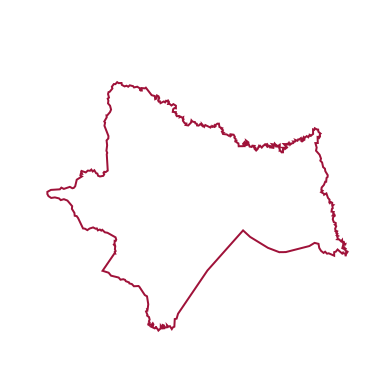 Puerto Lleras, Meta, Colombia (Robinson projection), rotated 344°
{"feature_id": "7082276B33547604414651", "entity_name": "Puerto Lleras", "entity_type": "district", "adm_level": 2, "iso_a3": "COL", "parent_name": "Colombia", "parent_adm1": "Meta", "projection": "robinson", "projection_center": [-73.194, 3.209], "detail": "fine", "context": "isolated", "style": "outline", "palette": "rose", "viewbox_px": 384, "rotation_deg": 344, "n_neighbors": 0, "source": "geoboundaries", "source_scale": "gbopen_adm2", "svg_char_len": 6061}
<svg xmlns="http://www.w3.org/2000/svg" viewBox="0 0 384 384"><g transform="rotate(344 192 192)"><path d="M72.7,182.5L74.5,183.4L75.3,185.6L77.2,197.0L78.9,197.7L80.9,199.8L83.5,198.9L87.2,198.8L89.2,200.7L90.5,200.8L90.9,202.9L93.1,202.7L94.1,204.1L95.3,203.6L97.1,206.7L99.5,207.9L106.0,214.5L106.0,217.0L105.1,218.0L104.2,217.6L103.3,220.5L102.4,220.9L102.8,222.1L103.3,221.7L103.3,222.9L102.1,225.8L102.3,227.7L101.2,228.3L101.2,230.0L100.5,229.7L84.3,243.1L89.6,246.6L91.1,250.1L97.9,254.0L99.1,256.6L101.9,256.9L103.4,258.0L103.8,259.5L106.5,261.5L106.6,262.6L108.8,263.9L110.2,266.6L114.6,267.6L115.2,268.4L118.2,278.0L120.0,279.9L119.0,287.9L117.1,292.3L116.5,292.2L116.4,293.8L114.9,294.1L115.3,297.9L114.8,298.5L116.2,300.4L116.1,303.0L115.0,304.3L115.3,306.0L114.0,306.3L113.4,307.4L114.1,308.1L117.0,308.2L118.1,307.4L118.4,308.6L117.6,309.9L115.6,310.2L118.6,312.8L119.7,312.5L120.3,311.1L120.2,313.1L121.0,313.7L121.5,315.9L124.3,314.5L125.0,312.3L125.7,314.9L127.2,315.2L126.5,312.7L127.1,311.7L128.2,312.5L128.8,314.9L131.1,315.2L131.3,313.2L132.1,314.8L133.8,314.9L134.8,318.2L136.2,316.9L137.9,316.6L140.4,309.4L142.3,309.5L145.0,305.2L185.2,271.7L230.5,243.0L235.5,251.2L249.6,266.6L259.3,273.9L265.6,275.6L289.9,276.3L295.8,274.7L299.3,276.7L298.9,280.9L299.8,284.1L301.7,286.8L303.5,286.1L304.8,288.5L306.5,288.6L311.1,292.4L312.1,289.0L313.8,289.0L316.1,287.4L319.4,292.6L320.4,291.9L320.5,292.6L322.4,293.3L322.0,296.1L323.6,292.8L324.0,293.3L324.7,292.7L323.8,292.4L324.5,291.7L323.3,290.7L323.4,289.4L324.1,289.0L323.6,288.2L322.4,287.9L322.7,287.3L321.9,287.4L321.9,288.2L321.0,287.4L322.7,284.7L324.8,284.8L325.1,284.3L324.3,284.3L324.2,282.4L323.2,282.9L323.5,281.5L322.6,281.2L323.0,279.6L321.7,280.5L320.4,278.2L318.7,277.5L319.4,277.1L319.3,274.7L320.2,274.5L319.1,273.4L320.3,272.3L319.4,271.1L320.4,270.3L319.5,269.5L320.1,269.3L319.3,268.7L319.5,266.7L321.2,264.6L320.5,263.1L321.1,263.2L321.6,261.4L320.0,260.0L319.8,257.1L320.9,254.9L322.7,254.2L322.7,253.3L321.1,253.1L322.3,252.1L321.9,251.4L322.7,250.3L320.7,249.3L321.8,246.9L322.8,246.4L323.1,244.1L324.2,243.5L323.2,243.0L323.8,241.0L322.7,239.9L321.4,240.7L321.1,240.0L322.1,237.2L321.1,235.2L320.8,230.4L318.3,231.0L318.4,230.1L316.1,227.7L317.9,226.8L316.9,225.6L317.9,223.4L320.8,221.5L322.9,218.8L323.8,219.1L325.2,215.6L326.5,214.9L327.1,213.2L325.9,208.8L326.2,206.2L324.9,204.2L325.2,199.5L324.0,197.3L325.2,195.5L324.9,191.3L322.6,186.5L324.1,183.6L324.1,179.0L326.4,179.6L327.8,174.1L328.9,175.2L329.7,174.5L329.3,173.7L330.4,173.7L330.9,171.4L331.6,171.2L330.1,168.9L330.6,166.0L329.9,166.9L327.6,164.6L326.7,165.9L325.6,165.2L324.4,169.6L322.2,170.5L321.2,169.7L321.1,170.6L320.1,170.1L318.9,171.4L317.7,169.9L315.2,171.0L314.6,169.9L313.8,170.7L315.0,171.4L314.6,172.2L313.6,171.7L313.0,172.4L313.7,173.0L311.7,173.7L311.1,172.9L312.5,172.1L311.7,172.1L311.6,170.2L309.4,171.1L308.6,170.7L307.5,171.8L305.9,170.6L306.3,172.1L305.5,171.0L304.8,171.9L303.3,171.4L303.6,172.2L302.7,172.9L300.4,172.7L300.5,173.9L299.9,172.9L299.2,173.5L298.8,171.4L297.5,172.6L297.4,171.9L296.3,171.9L295.3,172.7L295.1,171.7L293.5,171.2L295.6,175.4L293.3,176.3L293.2,175.0L291.4,174.5L292.2,175.4L291.2,176.1L290.4,178.9L289.1,178.6L288.2,176.2L287.7,176.3L289.1,171.8L288.2,172.5L288.4,171.2L287.3,171.8L286.4,170.7L286.4,171.8L285.4,171.4L285.7,170.3L284.8,170.2L285.3,169.3L284.8,168.2L284.2,169.1L282.1,168.1L283.1,170.7L282.4,172.0L280.9,171.3L280.8,170.2L279.4,170.7L279.2,170.0L280.1,169.6L279.5,169.0L276.9,169.4L276.6,168.6L277.4,168.7L277.8,167.8L277.4,166.6L275.9,166.9L275.0,165.6L275.2,166.8L273.4,167.1L271.3,168.5L270.3,166.5L269.6,166.9L269.2,166.1L266.8,168.9L265.1,169.8L264.5,168.6L265.1,168.7L265.2,167.0L264.8,166.4L264.2,166.8L263.6,165.4L264.5,164.8L262.8,164.1L261.7,165.1L259.9,164.2L259.7,161.5L259.0,160.2L259.8,159.7L258.2,157.5L257.8,161.9L256.5,161.9L256.9,159.6L256.0,159.6L256.0,158.7L254.4,159.8L254.8,162.3L249.5,160.9L250.0,158.1L248.3,156.2L248.8,155.1L247.7,155.0L248.6,153.1L247.7,151.5L248.4,150.7L247.8,148.4L245.3,147.3L245.4,148.5L244.2,149.0L244.0,147.8L242.9,148.1L241.2,146.2L237.8,144.8L237.5,142.6L238.2,142.8L237.7,142.1L238.8,141.1L237.7,139.3L238.5,138.9L236.3,137.1L236.7,133.7L235.2,133.3L233.0,134.3L232.0,133.2L232.6,135.4L231.5,135.7L229.7,134.2L229.4,134.9L228.3,134.3L227.5,135.1L223.2,131.3L221.7,132.7L220.2,129.4L219.9,130.8L218.7,129.0L216.7,130.0L215.2,129.4L215.4,127.7L214.2,127.0L214.1,125.6L211.9,124.5L211.2,123.0L210.1,125.1L206.7,127.0L204.3,125.8L205.4,124.6L203.9,123.8L202.9,121.0L203.8,119.9L203.3,119.6L204.1,117.7L203.0,117.9L202.0,116.6L200.8,116.7L201.2,116.0L200.5,115.3L198.4,115.0L198.0,114.0L198.6,112.6L197.9,112.0L198.5,110.8L195.6,109.7L196.7,107.2L198.3,106.5L199.6,107.1L200.3,104.6L198.3,102.4L196.1,103.2L194.7,101.1L193.4,100.8L194.7,99.2L194.2,97.4L193.3,97.6L193.4,98.3L192.2,97.2L190.8,98.4L189.9,97.2L186.2,97.9L186.1,96.0L184.9,95.9L184.7,94.7L186.4,92.7L186.2,90.8L185.0,89.6L183.6,92.4L182.2,92.6L182.7,89.5L179.9,87.8L176.4,79.0L175.3,79.4L172.2,78.2L171.7,80.6L170.6,80.3L170.1,79.6L170.6,78.2L168.4,75.7L165.1,75.5L164.5,74.0L161.6,72.3L159.7,73.2L158.3,71.8L156.3,71.9L154.1,69.7L154.3,67.8L151.4,67.1L150.3,65.8L148.1,67.2L146.6,66.7L144.0,68.7L144.0,70.6L140.5,73.0L139.3,73.0L138.3,74.7L138.2,78.4L136.7,79.0L136.8,81.1L135.7,83.7L137.0,86.5L136.9,90.5L135.2,92.6L131.6,95.0L130.9,94.8L130.6,96.7L127.1,100.1L127.6,101.3L126.1,104.2L127.1,115.2L126.3,117.5L124.1,118.9L123.3,123.7L121.1,128.8L121.3,131.1L120.5,132.1L116.9,148.2L114.4,149.1L113.2,148.4L112.2,149.2L112.5,150.8L111.2,152.0L107.8,151.7L106.2,150.5L106.1,148.2L105.0,147.5L104.1,144.2L102.2,144.9L101.4,142.7L99.9,143.5L97.7,142.7L95.3,143.9L91.6,141.3L91.0,142.0L91.3,144.2L90.2,143.7L89.3,145.3L90.5,146.7L84.6,148.4L81.3,154.3L79.4,155.5L78.0,155.4L76.0,153.4L69.7,153.7L67.6,151.8L65.7,153.0L57.0,151.1L53.0,152.0L52.4,154.1L52.9,156.4L55.0,158.9L58.7,159.4L62.4,161.5L63.6,163.6L66.9,163.6L69.9,165.9L72.9,172.6L71.9,175.1L73.2,179.6L72.7,182.5Z" fill="none" stroke="#9f1239" stroke-width="2"/></g></svg>